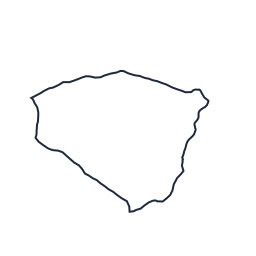 Radi, Tashigang, Bhutan (Robinson projection), rotated 145°
{"feature_id": "84629894B49132822130738", "entity_name": "Radi", "entity_type": "district", "adm_level": 2, "iso_a3": "BTN", "parent_name": "Bhutan", "parent_adm1": "Tashigang", "projection": "robinson", "projection_center": [91.705, 27.357], "detail": "fine", "context": "isolated", "style": "outline", "palette": "slate", "viewbox_px": 256, "rotation_deg": 145, "n_neighbors": 0, "source": "geoboundaries", "source_scale": "gbopen_adm2", "svg_char_len": 1847}
<svg xmlns="http://www.w3.org/2000/svg" viewBox="0 0 256 256"><g transform="rotate(145 128 128)"><path d="M46.6,104.0L46.7,105.1L48.0,109.3L47.5,114.7L47.2,117.4L47.6,118.6L48.3,118.9L50.6,120.8L52.6,121.5L54.0,121.3L55.5,121.2L56.9,122.0L60.4,124.3L62.7,127.8L65.5,131.5L68.6,136.0L70.5,139.5L71.9,142.1L72.6,143.0L74.2,145.1L77.2,149.6L80.3,152.9L81.1,154.1L82.7,156.5L84.9,158.7L86.6,160.9L88.5,163.9L91.8,166.9L94.5,170.1L96.5,172.8L99.0,177.2L101.6,179.1L105.5,180.0L111.0,182.5L117.2,184.5L121.4,185.3L126.0,188.1L129.7,192.2L131.2,193.3L132.7,194.5L136.5,195.7L140.3,196.6L143.6,197.4L149.6,199.1L154.8,202.8L160.0,203.0L162.2,203.4L166.2,204.1L169.8,205.7L175.0,206.5L179.7,206.7L186.5,207.6L190.0,208.1L189.5,206.6L189.7,204.2L190.3,201.8L190.3,199.3L190.4,198.5L190.5,197.0L191.5,194.6L192.5,192.3L194.4,189.6L195.9,187.7L198.2,184.8L200.4,183.1L202.7,180.3L204.4,178.2L206.4,175.5L208.0,174.0L209.0,173.4L209.4,172.7L209.0,167.8L207.2,162.4L205.1,157.0L202.5,153.2L198.1,149.4L195.5,145.7L194.4,140.9L193.2,135.9L191.9,130.5L189.6,125.5L189.1,120.8L189.4,115.4L187.3,111.4L185.7,107.1L183.5,103.3L182.2,98.3L180.4,93.6L178.9,88.6L176.8,84.4L175.4,79.5L173.3,73.7L170.9,68.7L172.0,63.0L174.7,58.5L171.0,56.5L168.6,56.3L163.9,54.7L159.5,55.1L153.7,55.1L149.4,54.2L147.0,52.9L145.8,50.9L141.7,47.9L136.9,48.2L131.9,48.9L127.6,51.2L122.8,55.6L116.3,58.9L111.4,59.8L107.2,61.0L105.5,66.1L102.1,69.6L101.8,70.5L100.9,70.9L100.5,72.8L99.0,73.6L98.2,74.3L97.2,75.0L95.2,76.8L94.3,77.4L92.5,78.6L89.5,81.2L87.1,82.8L85.1,83.5L81.1,84.1L79.8,84.3L77.4,85.0L76.2,85.9L75.5,86.4L74.0,87.4L73.2,88.4L73.0,89.3L71.7,92.5L71.0,93.4L70.2,93.9L66.3,95.0L64.8,95.7L63.7,96.8L62.0,99.3L60.8,100.4L59.4,101.0L58.0,101.3L54.2,101.2L52.7,101.0L51.3,101.3L50.2,101.5L49.0,102.3L48.1,102.7L46.6,104.0Z" fill="none" stroke="#1e293b" stroke-width="2"/></g></svg>